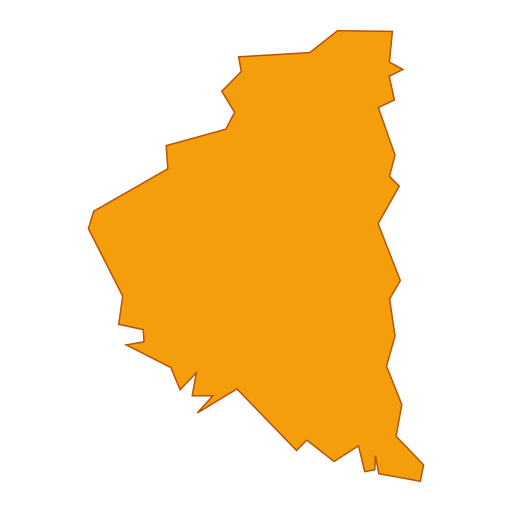 the border of Ternopil'
{"feature_id": "UKR-292", "entity_name": "Ternopil'", "entity_type": "Region", "adm_level": 1, "iso_a3": "UKR", "parent_name": "Ukraine", "parent_adm1": "", "projection": "natural_earth1", "projection_center": [25.734, 49.388], "detail": "coarse", "context": "isolated", "style": "filled", "palette": "amber", "viewbox_px": 512, "rotation_deg": 0, "n_neighbors": 0, "source": "natural_earth", "source_scale": "10m", "svg_char_len": 719}
<svg xmlns="http://www.w3.org/2000/svg" viewBox="0 0 512 512"><path d="M337.5,30.7L392.4,31.4L389.4,62.2L402.8,69.4L389.2,76.3L394.4,99.9L378.3,107.5L395.0,155.1L389.5,176.3L399.2,186.2L378.1,223.7L400.3,280.6L389.6,299.0L395.0,336.0L386.5,366.2L401.8,404.5L396.1,436.2L423.6,464.9L420.3,481.3L378.8,473.7L375.4,455.7L374.8,469.8L364.7,471.7L358.5,445.8L334.0,461.5L306.8,440.1L296.5,450.5L236.9,388.9L197.3,413.0L212.8,395.8L192.2,395.8L196.3,372.8L180.1,389.7L170.9,367.6L126.2,344.9L144.0,341.8L143.2,329.6L118.7,324.4L122.7,296.1L88.4,228.7L93.7,211.2L167.8,168.8L166.2,145.6L225.8,129.2L234.6,112.4L221.8,91.2L241.3,71.5L238.6,56.8L309.8,52.6L337.5,30.7Z" fill="#f59e0b" stroke="#b45309" stroke-width="1.5"/></svg>